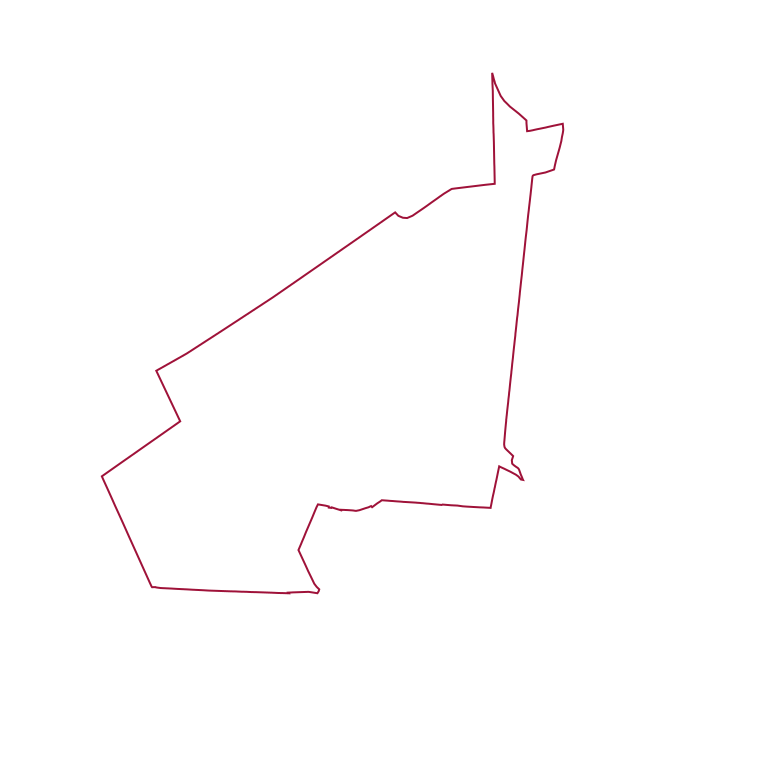 the district of Valle de Chalco Solidaridad, México, Mexico, rotated 47°
{"feature_id": "50627088B34446663804025", "entity_name": "Valle de Chalco Solidaridad", "entity_type": "district", "adm_level": 2, "iso_a3": "MEX", "parent_name": "Mexico", "parent_adm1": "México", "projection": "orthographic", "projection_center": [-98.94, 19.283], "detail": "fine", "context": "isolated", "style": "outline", "palette": "rose", "viewbox_px": 768, "rotation_deg": 47, "n_neighbors": 0, "source": "geoboundaries", "source_scale": "gbopen_adm2", "svg_char_len": 4753}
<svg xmlns="http://www.w3.org/2000/svg" viewBox="0 0 768 768"><g transform="rotate(47 384 384)"><path d="M300.3,155.0L310.8,164.4L313.1,166.5L307.6,173.8L306.8,174.9L298.2,186.7L296.8,188.6L295.5,190.4L293.1,193.7L289.6,198.5L287.6,201.3L287.4,201.9L285.7,210.3L285.3,213.1L285.2,214.2L285.1,214.4L284.6,218.5L283.6,225.8L282.9,231.4L282.5,234.3L282.1,237.0L281.2,242.9L280.4,248.3L280.3,248.6L278.4,253.9L275.3,256.8L270.8,258.8L266.1,258.8L264.4,270.7L260.9,295.3L257.5,318.9L254.0,343.2L250.6,366.7L244.8,406.5L243.2,415.8L235.0,463.5L227.2,507.4L224.7,517.9L219.0,541.5L272.3,558.5L262.2,630.8L259.1,653.3L260.2,653.7L262.5,654.5L271.5,657.5L282.1,661.1L289.9,663.8L291.7,664.4L300.4,667.3L309.3,670.3L322.1,674.7L323.3,675.1L341.6,681.3L364.9,689.2L369.9,690.9L373.6,692.1L374.4,692.2L376.8,689.6L377.0,689.6L377.7,689.1L378.1,688.8L380.9,686.5L384.7,682.8L388.5,679.1L392.4,675.4L396.2,671.7L400.0,668.0L403.9,664.3L407.7,660.6L411.5,656.9L415.3,653.3L419.0,649.6L422.7,645.9L426.4,642.2L430.1,638.5L431.1,637.5L434.7,633.8L438.4,630.2L442.0,626.5L445.7,622.9L449.3,619.2L452.9,615.6L456.6,611.9L460.2,608.3L464.7,603.9L468.4,600.1L472.1,596.4L471.3,596.3L474.4,592.6L477.8,588.7L481.2,584.8L484.5,581.0L485.2,580.4L491.6,575.4L491.0,573.1L490.0,571.4L486.5,571.6L482.5,571.2L475.8,569.1L469.2,567.1L463.6,565.2L458.1,563.4L452.6,561.6L447.1,559.8L444.2,553.2L443.7,552.2L441.5,547.2L439.2,542.3L437.0,537.3L434.8,532.3L432.6,527.3L430.3,522.3L428.1,517.4L427.0,514.4L433.0,509.8L435.9,507.9L436.7,508.7L438.7,507.0L438.4,506.5L438.5,506.4L443.0,503.9L447.5,501.3L447.5,500.9L447.0,500.9L451.4,496.6L454.6,493.6L455.6,492.7L456.4,492.1L457.7,491.0L459.5,488.1L462.2,482.2L463.6,479.4L464.4,476.8L463.7,476.7L463.8,476.7L464.8,476.7L466.0,476.7L466.7,470.2L467.3,466.9L467.5,464.9L471.8,460.9L473.9,459.0L476.0,457.0L476.7,456.4L479.3,454.0L481.0,452.4L481.2,452.2L483.0,450.6L483.8,449.9L484.8,448.9L486.9,446.9L492.9,441.2L493.3,440.9L493.6,440.6L495.4,438.9L496.7,437.8L497.2,437.3L498.1,436.5L499.7,435.1L500.5,434.4L501.9,433.1L503.7,431.5L505.3,430.1L507.1,428.5L511.8,424.3L512.1,423.4L515.4,420.4L518.7,417.4L519.0,417.1L523.0,413.2L527.2,409.8L530.2,407.0L534.7,402.7L539.5,398.1L542.0,395.6L544.5,393.2L546.9,390.9L547.3,390.5L546.8,389.9L545.4,387.9L544.6,386.8L542.6,384.1L541.1,382.0L539.7,380.0L538.3,377.9L536.8,375.8L535.5,374.0L535.1,373.3L534.2,372.1L533.2,370.7L532.0,369.0L531.0,367.5L530.8,367.2L528.8,364.4L525.3,359.5L522.8,355.9L524.2,355.4L528.1,353.8L531.0,352.7L534.3,351.4L537.3,350.4L540.2,349.4L543.3,348.8L547.2,349.0L549.0,347.7L547.7,347.3L546.6,346.8L543.2,345.6L542.4,345.2L540.3,344.3L538.7,343.6L538.2,343.5L537.7,343.4L537.2,343.4L536.7,343.4L535.4,343.7L535.1,343.8L532.6,344.3L531.9,344.4L529.9,344.6L529.4,344.4L528.3,343.5L526.9,342.5L526.2,341.2L524.8,338.7L524.4,338.7L516.8,339.1L514.6,339.2L513.2,339.1L512.3,338.8L511.5,338.3L510.2,337.4L509.0,336.2L507.9,335.0L507.2,334.2L501.2,327.6L495.7,321.4L494.4,319.9L493.3,318.8L492.5,317.8L491.0,316.1L490.7,315.7L487.8,312.4L481.9,305.5L480.1,303.5L479.0,302.2L478.5,301.6L477.5,300.4L476.6,299.4L475.6,298.3L474.3,296.7L469.2,290.9L465.5,286.6L462.7,283.3L462.1,282.7L459.9,280.1L457.6,277.5L456.7,276.5L452.8,271.9L450.4,269.2L446.5,264.7L445.2,263.2L444.2,262.0L442.2,259.7L441.5,258.9L438.2,255.0L436.6,253.3L435.6,252.1L433.0,249.1L432.4,248.4L431.1,246.9L429.6,245.2L426.3,241.4L424.7,239.4L420.8,235.0L419.7,233.7L415.9,229.2L413.6,226.6L411.1,223.7L409.9,222.4L406.2,218.1L402.3,213.6L398.9,209.6L396.1,206.4L395.2,205.4L391.5,201.1L389.5,198.8L384.1,192.6L381.1,189.1L380.3,188.2L376.9,184.3L376.8,184.2L373.0,179.8L370.3,176.6L368.7,174.7L366.6,172.3L364.3,169.7L362.2,167.3L358.3,162.8L355.8,159.8L353.8,157.5L349.4,152.3L346.9,149.4L345.3,147.5L344.6,146.7L340.9,142.4L340.4,141.8L340.1,141.5L336.8,137.7L336.1,136.9L334.8,135.4L334.0,134.4L333.4,133.7L333.2,133.1L333.2,132.3L334.4,130.0L334.9,129.1L339.4,121.7L342.7,114.3L343.1,113.3L342.4,112.3L341.0,110.4L337.7,105.5L333.9,99.2L333.0,97.7L331.0,94.4L327.3,88.7L327.2,88.5L327.0,88.3L324.8,85.5L322.5,82.2L321.4,80.8L321.1,80.4L320.2,79.4L315.6,75.8L313.6,79.1L311.5,82.6L311.0,83.4L310.3,84.6L308.3,88.0L308.0,88.5L306.6,91.0L305.3,93.1L303.6,95.9L302.1,98.3L300.8,100.5L299.9,102.1L298.3,104.7L296.7,106.9L290.5,102.0L288.4,100.1L278.4,101.0L267.0,102.7L263.1,102.8L259.1,103.0L252.9,102.2L239.9,97.8L239.5,97.6L239.2,97.4L238.7,97.1L237.7,96.6L236.2,95.9L233.3,94.3L230.2,92.7L237.6,99.2L238.0,99.6L239.2,100.6L243.8,104.5L249.3,109.5L260.3,119.4L261.6,120.6L262.0,121.0L263.8,122.6L265.8,124.4L266.2,124.8L267.6,126.1L268.3,126.7L269.6,127.8L271.9,129.8L275.0,132.6L275.4,132.9L275.9,133.3L282.4,139.0L298.1,153.1L300.3,155.0Z" fill="none" stroke="#9f1239" stroke-width="2"/></g></svg>